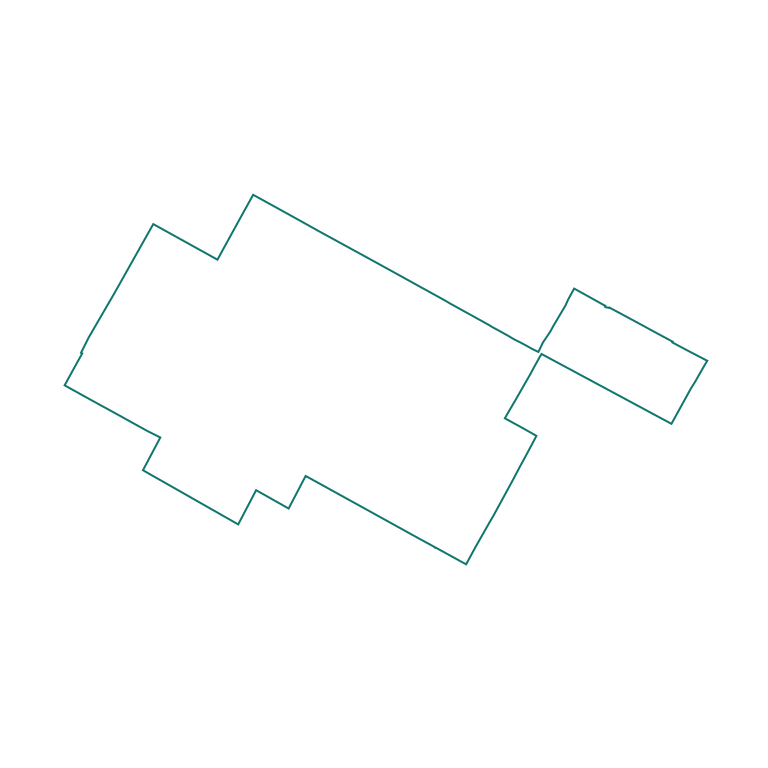 outline of Urzica, Olt, Romania, rotated 190°
{"feature_id": "2599482B65259464639789", "entity_name": "Urzica", "entity_type": "district", "adm_level": 2, "iso_a3": "ROU", "parent_name": "Romania", "parent_adm1": "Olt", "projection": "albers", "projection_center": [24.245, 43.86], "detail": "fine", "context": "isolated", "style": "outline", "palette": "teal", "viewbox_px": 768, "rotation_deg": 190, "n_neighbors": 0, "source": "geoboundaries", "source_scale": "gbopen_adm2", "svg_char_len": 1729}
<svg xmlns="http://www.w3.org/2000/svg" viewBox="0 0 768 768"><g transform="rotate(190 384 384)"><path d="M476.3,523.7L479.3,524.8L500.7,532.2L545.7,547.6L554.9,520.9L556.1,517.3L565.8,488.8L569.6,477.5L639.0,501.4L662.2,435.3L665.4,426.2L682.9,378.5L687.8,362.1L686.5,361.7L691.0,348.7L694.6,338.1L696.8,331.6L698.3,327.2L690.7,324.6L676.5,319.7L668.3,316.9L658.9,313.7L637.0,306.3L628.4,303.3L608.5,296.5L595.0,292.5L606.4,257.2L503.2,220.4L491.5,257.2L456.3,244.8L445.2,279.8L444.2,279.5L444.2,279.3L443.7,279.1L443.3,279.2L332.1,241.1L321.9,237.6L309.9,233.6L305.8,232.2L305.7,231.8L305.1,231.7L304.9,231.9L285.7,225.4L282.2,224.2L281.6,224.0L280.1,223.5L278.5,222.9L276.6,222.3L272.7,221.0L271.8,220.7L271.4,221.9L265.6,239.3L255.7,267.0L253.6,272.6L247.7,290.1L240.5,311.6L235.6,326.8L231.7,338.4L227.2,352.1L224.9,359.4L237.8,364.0L245.1,366.5L259.0,371.2L257.5,375.5L252.1,390.0L241.4,419.7L238.5,428.6L237.5,431.3L235.5,437.3L234.1,440.9L94.0,394.7L89.8,407.0L81.0,432.8L78.0,440.2L76.0,445.8L72.4,455.9L69.7,463.0L71.0,463.4L90.0,469.4L101.4,473.1L107.2,475.0L107.0,475.6L107.0,475.8L108.1,476.1L130.1,483.4L139.2,486.5L142.9,487.7L144.6,488.3L151.9,490.7L162.8,494.3L175.3,498.4L175.4,498.1L175.7,498.0L176.3,498.1L178.8,498.1L179.7,498.4L179.9,498.8L179.7,499.4L180.3,499.6L192.4,503.8L213.3,511.0L215.4,504.9L217.4,498.8L218.9,492.9L227.4,470.3L229.2,464.9L231.9,458.7L234.7,452.5L237.5,442.4L239.1,442.8L244.2,444.3L246.0,444.9L247.7,445.5L251.4,446.8L257.2,448.7L262.5,450.2L268.0,452.2L268.9,452.6L278.1,455.8L281.9,457.1L286.8,458.7L290.8,460.3L314.7,468.5L322.6,471.2L327.8,473.0L333.1,474.8L337.8,476.6L406.8,500.2L408.5,500.8L466.2,520.3L476.3,523.7Z" fill="none" stroke="#0f766e" stroke-width="2"/></g></svg>